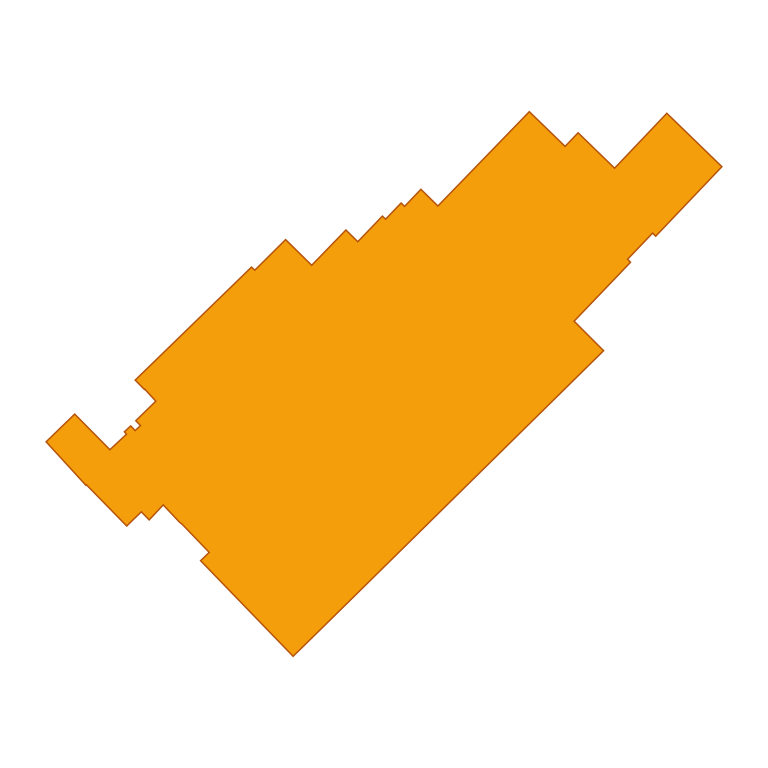 the district of Hipólito Yrigoyen, Buenos Aires, Argentina
{"feature_id": "61730980B95014527534109", "entity_name": "Hipólito Yrigoyen", "entity_type": "district", "adm_level": 2, "iso_a3": "ARG", "parent_name": "Argentina", "parent_adm1": "Buenos Aires", "projection": "mercator", "projection_center": [-61.733, -36.272], "detail": "fine", "context": "isolated", "style": "filled", "palette": "amber", "viewbox_px": 768, "rotation_deg": 0, "n_neighbors": 0, "source": "geoboundaries", "source_scale": "gbopen_adm2", "svg_char_len": 728}
<svg xmlns="http://www.w3.org/2000/svg" viewBox="0 0 768 768"><path d="M578.1,132.8L565.1,146.4L529.3,111.7L437.9,206.0L420.9,189.3L404.6,206.4L401.1,203.0L385.6,219.2L382.4,216.1L357.8,241.7L345.9,230.0L311.7,265.3L285.6,239.6L254.8,270.2L251.5,267.1L135.2,380.1L144.4,389.5L144.8,389.2L155.8,401.2L135.8,420.7L140.5,425.6L135.1,430.6L130.7,425.9L124.4,431.8L126.5,434.2L109.9,449.7L74.7,414.1L46.1,441.8L85.8,485.2L86.3,484.7L126.7,526.0L141.3,511.8L149.2,519.9L163.2,504.9L179.8,522.5L181.8,523.9L209.2,552.4L200.6,560.7L293.1,656.3L327.1,623.0L603.6,350.7L574.1,321.2L630.5,262.3L627.6,259.2L652.6,233.1L655.7,236.2L721.9,166.7L666.8,113.3L614.6,168.2L578.1,132.8Z" fill="#f59e0b" stroke="#b45309" stroke-width="1.5"/></svg>